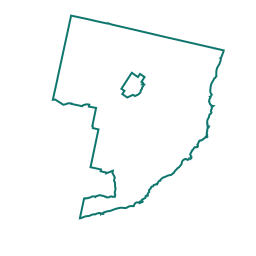 Grant, South Australia, Australia (Robinson projection), rotated 282°
{"feature_id": "25037944B24842060506409", "entity_name": "Grant", "entity_type": "district", "adm_level": 2, "iso_a3": "AUS", "parent_name": "Australia", "parent_adm1": "South Australia", "projection": "robinson", "projection_center": [140.575, -37.836], "detail": "fine", "context": "isolated", "style": "outline", "palette": "teal", "viewbox_px": 256, "rotation_deg": 282, "n_neighbors": 0, "source": "geoboundaries", "source_scale": "gbopen_adm2", "svg_char_len": 5655}
<svg xmlns="http://www.w3.org/2000/svg" viewBox="0 0 256 256"><g transform="rotate(282 128 128)"><path d="M226.1,49.0L173.7,48.8L161.8,48.7L161.7,48.8L140.0,48.6L140.7,50.8L139.6,53.7L138.4,57.1L137.3,59.8L138.2,62.0L139.7,64.2L140.3,67.6L139.8,67.7L139.8,78.7L141.0,79.4L142.6,82.6L142.8,85.3L140.8,85.3L140.9,88.7L141.0,92.6L122.7,92.7L122.7,93.0L122.1,93.0L121.3,93.5L120.6,93.6L120.5,99.4L81.9,99.5L81.8,110.2L80.0,110.2L79.9,116.1L79.2,116.1L83.0,122.1L80.9,122.1L76.8,125.4L75.8,125.4L75.1,125.2L73.3,125.3L72.7,126.1L71.3,126.8L70.1,127.0L67.3,127.8L66.6,128.4L61.9,128.5L59.7,129.5L57.9,129.4L57.8,129.0L58.0,128.8L58.0,128.3L57.7,127.8L57.4,126.9L57.6,126.3L57.6,125.8L57.1,124.6L56.4,124.1L56.1,123.3L56.0,122.8L55.7,121.8L55.7,121.4L56.1,120.9L56.3,120.5L56.2,120.2L56.0,119.5L56.1,119.3L56.3,119.0L56.5,117.1L56.3,116.1L56.5,114.9L56.4,114.3L56.0,113.3L55.4,112.6L55.3,112.0L54.9,111.4L54.6,111.3L54.5,110.9L54.3,110.8L54.1,110.1L53.9,110.1L54.0,109.9L53.9,109.7L54.0,109.2L53.9,108.3L53.7,107.5L53.3,106.8L52.5,105.9L51.9,104.9L51.5,104.0L51.3,103.8L51.3,103.6L51.0,103.1L50.9,102.7L50.7,102.5L50.6,102.2L50.5,101.6L50.3,101.3L50.5,101.1L50.5,100.9L49.9,99.7L29.7,99.7L30.3,101.2L31.6,102.9L32.8,105.0L33.4,106.7L33.9,108.2L34.2,108.8L34.6,109.2L36.1,111.5L36.6,112.8L36.5,113.5L36.7,113.8L37.8,115.3L38.7,117.0L39.0,117.9L39.0,118.3L38.8,118.6L38.2,119.1L38.6,119.2L39.0,119.8L39.0,120.1L38.7,120.2L38.7,120.5L39.0,120.6L39.3,120.8L39.3,121.1L38.9,121.7L39.0,121.8L39.3,121.7L39.9,121.6L40.4,121.9L40.9,122.9L41.9,124.5L42.4,125.5L43.0,127.5L46.4,132.8L47.6,135.3L48.6,137.8L49.1,141.9L49.3,142.5L49.7,143.2L51.5,145.3L51.9,146.0L52.6,148.6L52.7,149.1L52.7,149.8L53.2,150.0L54.2,150.0L54.9,150.2L55.1,150.4L55.5,150.5L55.9,150.8L56.2,150.9L56.4,151.1L56.9,151.7L57.1,152.2L57.1,152.7L57.4,153.7L57.4,154.5L56.9,154.9L56.9,155.2L57.1,155.4L57.4,155.5L57.6,155.1L58.2,154.7L58.5,154.9L58.7,155.3L58.7,155.7L58.3,155.8L58.1,156.1L58.3,156.4L58.3,156.5L58.4,156.9L58.3,157.0L58.4,157.4L58.6,157.5L58.9,157.6L59.1,157.2L59.1,156.9L59.7,156.8L60.2,156.5L60.7,156.5L60.9,156.7L61.3,157.2L61.4,157.4L61.4,157.6L61.8,157.8L62.4,158.6L63.1,159.2L63.4,159.6L63.9,159.5L64.1,159.6L64.6,159.6L65.0,159.4L65.4,159.7L65.7,160.0L65.8,160.2L65.7,161.3L65.9,161.5L66.5,161.4L66.9,161.0L67.1,161.0L67.6,161.0L69.1,161.5L69.8,162.0L70.9,161.8L71.2,161.6L71.6,161.6L72.1,161.7L73.7,162.8L74.3,162.9L75.0,163.0L75.4,163.2L75.8,163.6L76.0,164.4L76.3,164.7L77.0,164.8L77.7,165.2L77.9,165.6L78.1,165.9L78.2,166.5L78.6,167.0L79.2,167.5L79.0,167.9L79.0,168.1L79.6,168.0L80.1,168.6L81.3,168.8L82.5,169.3L83.1,169.9L83.2,170.5L83.7,170.5L83.9,170.7L84.3,170.7L84.7,170.9L86.2,172.0L87.3,173.3L87.7,174.3L89.5,176.5L90.3,177.9L90.5,178.5L91.3,180.2L91.9,180.7L92.9,181.2L93.7,182.2L93.9,182.2L94.3,182.3L96.2,183.1L97.8,184.2L98.7,184.6L99.9,185.8L100.6,186.3L102.8,187.4L104.0,187.9L105.6,187.8L106.4,187.9L107.3,188.2L108.3,188.8L108.8,189.4L109.4,190.1L109.7,190.8L109.7,191.0L109.5,191.3L109.5,191.7L109.6,192.1L109.6,192.4L109.5,192.6L109.2,192.8L109.2,193.0L109.3,193.1L109.5,193.4L109.8,193.8L110.3,194.1L111.0,194.2L111.0,194.5L111.1,194.9L111.1,195.0L111.4,195.3L111.3,195.5L111.1,195.7L111.7,195.9L111.8,196.2L112.0,196.2L112.8,196.0L113.3,195.9L113.3,195.6L113.4,195.3L114.0,195.1L115.1,194.3L115.8,194.4L117.8,195.0L118.1,195.0L118.9,195.4L119.3,195.3L119.7,195.5L119.9,195.8L120.6,196.2L122.3,196.8L123.0,197.3L123.3,197.8L123.3,198.1L123.2,198.5L123.6,198.8L123.6,199.5L123.8,199.9L124.1,199.9L124.3,200.1L125.0,200.2L125.4,200.0L125.5,199.7L126.2,199.3L127.2,199.8L127.9,199.8L128.6,200.1L129.5,200.1L130.1,200.4L130.6,200.8L130.8,201.2L130.9,201.6L130.8,201.8L130.9,202.0L131.3,202.3L131.5,202.6L131.7,203.0L132.1,203.4L132.2,203.6L132.7,203.7L133.1,204.0L133.5,204.5L134.2,205.2L135.1,205.6L135.3,205.9L135.3,206.3L135.6,206.2L135.6,206.4L135.4,206.7L135.4,206.9L135.8,206.9L135.7,207.2L135.9,207.4L136.1,207.2L136.1,206.9L136.5,206.9L136.6,206.6L136.8,206.6L137.0,206.7L137.4,206.7L137.5,206.8L137.9,206.9L138.3,206.7L138.4,206.3L139.0,206.3L139.3,206.1L139.8,206.0L140.7,206.1L141.3,206.2L142.6,205.8L144.1,206.0L145.5,206.7L146.1,206.8L145.6,205.7L146.4,205.6L147.0,205.2L147.3,205.4L147.5,205.3L148.6,204.6L148.7,204.8L150.0,204.3L151.9,204.0L152.8,204.1L154.2,204.6L154.9,204.7L155.2,204.9L156.0,204.8L157.5,205.0L158.0,204.9L158.6,205.4L158.9,205.7L159.4,206.1L160.3,206.4L160.7,206.4L160.8,206.3L160.8,206.1L161.0,205.9L162.1,205.5L163.0,205.6L163.7,206.0L164.1,206.0L164.6,205.7L165.1,205.6L165.7,205.7L166.2,206.1L166.3,206.1L166.3,205.9L166.8,206.0L167.1,206.2L167.1,206.4L167.1,206.7L167.2,206.8L167.2,206.1L167.2,205.8L167.3,205.4L167.2,205.1L167.2,204.8L168.2,203.8L168.6,203.1L170.1,202.3L170.7,202.1L170.8,201.8L172.7,201.7L173.3,201.8L173.7,201.8L174.9,202.3L175.5,202.2L175.4,201.9L175.5,201.8L175.6,202.2L178.0,203.0L178.6,202.3L179.1,201.8L180.4,201.1L181.3,200.7L186.7,200.2L188.1,200.3L189.6,200.6L192.5,201.6L193.8,201.8L194.7,202.3L195.1,202.9L195.8,203.0L196.4,203.3L196.7,203.6L197.0,203.7L198.4,203.3L201.7,202.6L204.8,202.6L205.4,202.7L209.9,204.2L211.3,204.3L213.6,204.6L215.9,204.3L215.9,204.1L216.3,204.4L216.8,204.6L222.1,205.4L223.8,205.5L224.8,142.1L225.6,103.7L225.8,91.0L226.3,86.5L225.9,86.4L225.9,76.8L226.1,64.1L226.1,60.9L226.0,60.3L226.1,59.0L226.1,49.0ZM160.7,128.1L161.0,127.7L161.4,125.9L157.7,120.9L160.0,115.4L163.6,116.8L165.0,113.4L182.8,120.2L179.9,127.1L183.4,128.5L181.3,133.6L175.9,131.6L175.3,133.2L173.8,132.7L173.9,133.0L173.9,134.8L170.5,133.4L170.2,133.4L169.7,133.5L169.2,133.5L168.1,133.0L167.7,132.7L165.4,132.8L163.0,131.2L160.7,128.1Z" fill="none" stroke="#0f766e" stroke-width="2"/></g></svg>